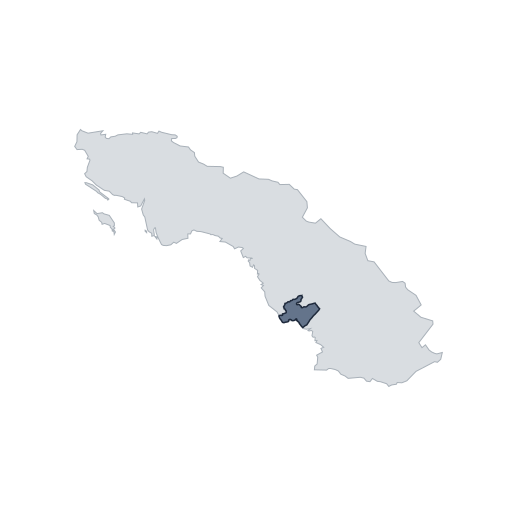 Skellefteå, Västerbotten, Sweden (highlighted), rotated 108°
{"feature_id": "70781695B28951573568604", "entity_name": "Skellefteå", "entity_type": "district", "adm_level": 2, "iso_a3": "SWE", "parent_name": "Sweden", "parent_adm1": "Västerbotten", "projection": "mercator", "projection_center": [20.47, 64.835], "detail": "fine", "context": "in_parent", "style": "filled", "palette": "slate", "viewbox_px": 512, "rotation_deg": 108, "n_neighbors": 0, "source": "geoboundaries", "source_scale": "gbopen_adm2", "svg_char_len": 6368}
<svg xmlns="http://www.w3.org/2000/svg" viewBox="0 0 512 512"><g transform="rotate(108 256 256)"><path d="M169.2,369.0L170.3,372.5L172.7,372.0L173.6,369.5L174.8,362.2L173.2,353.9L175.3,351.1L176.7,346.5L180.0,345.1L184.4,339.7L184.8,334.2L185.8,330.1L182.0,317.6L181.7,314.5L187.4,312.8L189.9,304.4L185.9,298.9L179.8,293.7L181.8,277.0L179.2,267.8L179.6,263.9L179.1,257.9L180.7,255.4L177.6,246.5L180.6,240.3L180.1,237.1L188.6,224.4L194.3,222.0L204.8,223.9L207.3,218.9L207.4,216.1L206.4,209.6L200.5,205.8L207.0,193.9L212.0,182.2L213.0,170.7L214.2,165.7L212.9,154.3L219.8,153.0L225.9,148.2L225.1,141.9L238.7,122.0L239.1,118.4L238.1,114.9L234.9,108.7L235.8,105.8L239.4,104.1L241.2,101.3L244.0,91.6L251.5,83.8L259.7,89.0L263.3,80.2L263.1,67.9L266.1,66.6L288.1,74.4L291.9,69.8L288.1,67.4L291.9,62.4L293.0,59.3L293.4,55.7L293.2,53.7L290.2,49.0L297.2,48.4L301.0,50.6L301.3,53.5L316.3,68.2L328.1,74.0L331.5,78.1L332.7,82.6L334.6,82.9L336.7,87.1L339.0,89.4L337.1,92.3L337.1,98.9L337.7,101.9L336.5,107.4L340.3,108.8L340.9,112.2L338.8,115.6L339.1,119.3L343.9,130.6L342.6,134.3L342.2,138.8L339.9,142.2L339.5,145.6L339.9,150.1L340.6,152.2L342.7,153.6L346.2,165.3L342.5,166.1L339.8,164.5L333.2,166.0L331.6,167.7L326.7,163.1L323.8,165.7L321.9,163.4L320.3,167.2L319.8,172.3L317.5,171.9L318.3,173.8L315.2,174.5L315.0,175.3L315.6,176.6L314.6,178.1L310.3,178.7L309.7,180.3L310.9,182.3L310.9,183.5L308.1,181.7L310.0,185.3L310.4,188.0L304.3,198.4L306.3,201.1L307.9,207.0L309.6,209.6L308.9,212.3L302.7,218.7L299.1,228.5L291.4,235.0L287.4,236.6L284.7,241.2L281.7,239.8L281.6,242.4L279.6,240.7L278.0,244.8L275.2,248.2L272.2,247.5L271.8,248.1L272.7,249.1L269.2,250.0L268.2,253.5L265.6,254.5L265.2,255.6L267.8,255.8L267.3,258.6L264.3,260.0L263.2,261.9L261.9,261.8L262.1,260.4L260.2,260.5L259.5,258.9L259.2,259.3L260.5,263.9L259.5,265.8L261.4,267.6L255.9,272.1L252.7,270.3L252.2,271.7L252.9,275.5L255.8,278.6L254.0,280.6L252.2,289.4L253.4,294.8L249.7,293.6L250.0,295.6L248.8,297.9L249.2,301.3L248.9,303.6L249.7,305.6L249.2,306.5L249.8,315.9L250.8,319.9L250.4,323.1L252.0,324.8L255.2,325.1L256.1,327.7L260.2,326.2L263.1,331.3L268.6,335.6L268.3,338.5L271.7,340.5L273.8,344.3L274.6,347.5L274.3,349.4L268.9,354.7L264.7,358.2L260.3,360.3L260.6,361.1L262.7,361.5L267.9,359.0L269.4,361.2L266.6,362.2L266.0,365.2L264.8,367.1L253.3,373.8L251.8,375.9L246.7,379.3L237.5,379.0L236.1,379.8L244.0,381.1L245.9,383.6L242.1,385.1L243.8,390.9L242.8,392.3L242.7,398.7L241.4,398.8L240.8,401.5L241.5,407.8L242.1,409.5L241.9,411.4L239.7,415.6L240.4,420.6L237.9,429.7L235.2,435.0L233.1,442.0L230.7,444.4L227.9,442.9L223.8,443.8L216.2,443.5L215.3,444.2L215.8,446.7L213.1,446.3L208.4,451.6L208.2,454.2L210.1,459.1L207.8,462.3L202.7,461.6L196.0,463.6L189.9,462.0L190.7,460.3L191.1,453.7L184.2,440.3L187.4,441.7L188.8,440.9L186.7,436.5L189.5,436.2L190.4,434.6L189.9,432.1L187.6,430.9L185.6,426.9L183.5,424.8L179.7,416.6L178.4,410.9L177.1,411.5L176.0,404.9L174.0,403.9L173.5,397.3L171.4,396.5L170.0,393.5L169.8,387.6L167.2,386.9L167.5,384.0L166.7,373.6L165.8,370.3L166.5,367.9L167.9,367.7L169.2,369.0ZM275.8,400.8L274.6,401.5L273.9,403.3L272.1,404.2L271.8,410.0L273.4,412.2L271.7,413.1L270.5,416.2L267.5,418.2L266.2,420.1L265.6,422.9L262.9,424.4L264.8,420.3L262.3,415.4L262.9,413.7L262.7,408.1L268.3,401.0L270.8,400.1L272.0,400.9L272.5,399.2L273.3,398.8L275.8,400.8ZM240.4,440.3L239.1,441.4L238.7,439.8L238.8,433.3L241.8,425.5L243.2,424.9L246.9,414.2L247.3,413.5L248.6,414.2L247.7,415.2L247.7,417.1L245.4,422.8L244.7,426.4L243.9,427.3L240.4,440.3ZM276.9,398.6L276.6,400.2L275.2,398.9L276.6,397.1L279.3,397.5L276.9,398.6ZM270.5,355.5L268.7,358.2L268.4,357.1L268.8,355.8L270.5,355.5ZM266.6,369.2L265.7,369.4L266.3,367.6L267.6,367.2L266.6,369.2Z" fill="#d9dde1" stroke="#a8b0b8" stroke-width="1"/><path d="M286.5,179.2L285.8,180.6L285.3,181.2L285.1,181.8L284.1,182.8L283.8,183.5L283.4,184.2L282.5,185.2L282.8,185.7L283.2,186.4L283.7,187.1L284.1,187.6L284.8,188.8L285.2,189.5L285.7,190.4L286.3,191.0L287.2,191.5L288.0,191.9L288.7,192.4L289.2,193.3L289.4,194.1L289.4,194.6L289.9,195.1L290.5,195.6L290.9,196.1L291.0,196.9L290.6,197.2L290.0,197.4L289.8,197.9L289.6,198.5L289.1,199.4L288.9,199.8L288.7,200.4L289.1,200.9L289.5,201.5L289.6,201.9L289.5,202.3L289.0,202.7L288.3,202.7L287.5,202.3L287.1,201.5L286.6,200.8L286.0,200.1L285.7,199.6L285.0,199.4L284.2,199.5L283.6,199.7L283.3,199.8L282.6,199.4L282.0,199.3L281.4,199.2L280.8,199.0L280.5,199.3L280.2,199.6L279.9,200.0L279.4,200.2L279.5,200.3L279.8,201.1L280.0,201.8L280.4,202.4L280.8,202.9L281.2,203.3L281.5,203.5L282.4,203.7L282.9,203.8L283.3,204.0L283.8,204.2L284.2,204.6L284.5,204.9L284.9,205.2L285.1,205.5L285.3,205.9L285.5,206.4L285.6,206.9L285.7,207.2L285.8,207.4L286.1,207.6L286.7,207.7L287.0,208.0L287.4,208.4L287.6,208.8L287.7,209.2L287.9,209.4L288.3,209.5L288.7,209.6L289.0,209.7L289.2,209.9L289.4,210.3L289.5,210.7L289.5,211.2L289.9,211.5L290.0,211.7L290.5,211.8L291.1,212.3L291.4,212.7L292.0,213.4L292.2,213.8L292.6,213.6L293.2,213.5L293.7,213.6L294.2,213.8L294.7,213.8L295.3,213.9L295.5,214.1L295.9,214.1L296.0,214.0L296.2,213.6L296.5,213.4L297.1,213.0L297.5,213.0L297.6,212.9L297.6,212.4L297.6,211.8L298.0,211.4L298.3,211.3L298.7,211.0L298.8,210.4L299.3,210.2L300.1,209.8L300.7,209.9L301.1,210.2L301.3,210.6L301.8,211.2L302.3,211.8L302.6,212.3L302.7,212.7L302.9,212.9L303.3,212.9L303.6,212.8L304.0,212.5L304.3,212.6L304.6,213.0L304.7,213.6L304.8,214.3L305.1,215.1L305.5,215.5L306.1,215.6L306.7,215.1L307.4,214.7L308.4,213.6L308.9,212.7L309.4,212.1L310.0,211.4L310.6,210.7L310.9,210.3L310.9,209.5L310.8,208.8L310.2,208.0L309.8,207.5L309.6,206.9L309.0,205.9L308.7,205.3L308.2,205.0L307.7,204.8L307.4,205.0L307.1,205.2L306.7,205.1L306.4,204.8L305.8,204.2L305.7,203.6L305.8,202.8L306.2,202.1L306.2,201.5L306.0,200.7L305.8,200.3L305.6,199.9L305.2,199.5L304.7,199.0L304.4,198.9L304.0,198.8L303.6,198.6L303.4,198.4L303.3,198.1L303.6,197.6L304.1,197.6L304.5,197.7L304.8,197.4L304.7,197.0L304.9,196.4L305.2,196.2L305.4,195.5L305.6,195.0L306.0,194.4L306.4,194.1L307.0,193.7L307.3,193.0L307.8,192.4L308.1,191.9L308.8,191.1L309.2,190.3L309.5,189.5L309.6,189.4L308.6,188.7L307.7,188.2L307.0,187.7L306.3,186.9L305.6,186.3L304.9,186.2L302.5,185.5L299.8,184.9L298.8,184.4L297.2,183.7L295.7,183.2L294.9,182.8L294.0,182.4L293.3,181.9L291.9,181.3L290.4,180.6L289.8,180.4L289.3,180.1L288.3,179.7L287.6,179.4L286.5,179.2Z" fill="#64748b" stroke="#1e293b" stroke-width="1.5"/></g></svg>